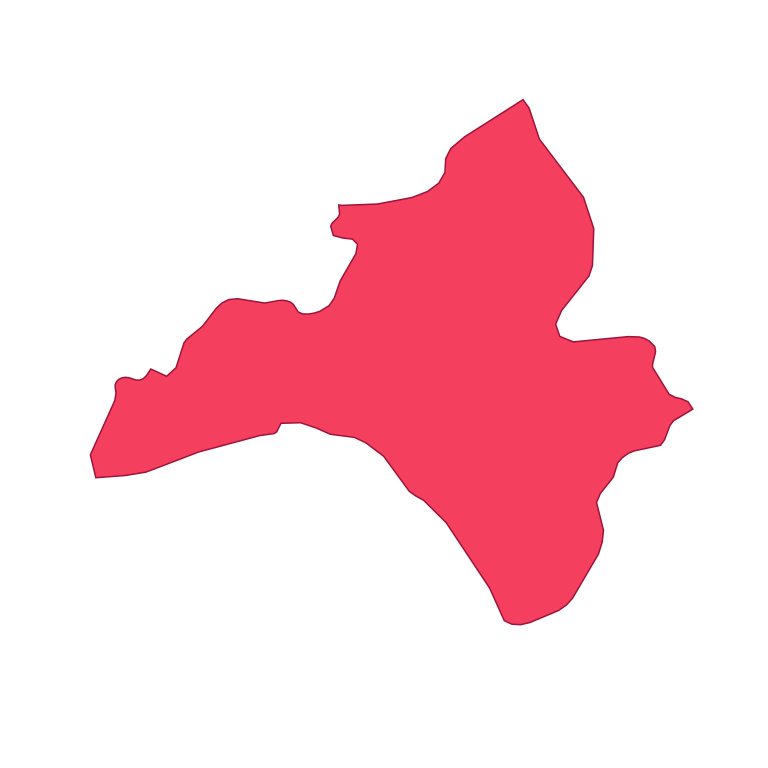 Catanzaro, Mercator projection, rotated 81°
{"feature_id": "ITA-5393", "entity_name": "Catanzaro", "entity_type": "Province", "adm_level": 1, "iso_a3": "ITA", "parent_name": "Italy", "parent_adm1": "", "projection": "mercator", "projection_center": [16.48, 38.83], "detail": "fine", "context": "isolated", "style": "filled", "palette": "rose", "viewbox_px": 768, "rotation_deg": 81, "n_neighbors": 0, "source": "natural_earth", "source_scale": "10m", "svg_char_len": 1642}
<svg xmlns="http://www.w3.org/2000/svg" viewBox="0 0 768 768"><g transform="rotate(81 384 384)"><path d="M636.6,302.2L602.1,311.6L530.8,344.2L505.0,363.1L499.7,370.0L494.1,375.7L455.4,395.6L439.3,411.1L432.1,421.6L425.2,445.0L417.0,457.6L409.2,472.5L406.7,491.9L414.4,497.4L415.8,500.1L415.5,514.8L422.1,577.4L433.8,632.9L433.9,654.0L431.5,683.3L408.0,685.1L358.1,652.4L351.0,650.1L344.6,650.0L342.5,649.6L339.9,647.9L338.0,645.4L337.0,642.3L336.9,638.6L337.9,634.9L341.2,628.4L342.0,624.8L341.1,621.0L338.6,617.3L332.7,612.0L342.4,597.5L335.4,586.9L312.1,575.1L308.8,571.8L298.7,554.4L283.0,537.8L278.7,531.5L276.3,524.1L276.9,515.1L285.4,489.1L285.1,474.8L285.5,470.6L286.8,466.7L288.8,463.2L291.4,460.9L299.3,457.6L302.0,453.5L303.1,447.7L303.0,441.5L302.2,436.1L298.0,425.9L291.4,419.7L275.4,411.2L250.9,391.4L241.8,388.3L236.0,392.5L233.3,402.1L229.4,410.8L220.0,412.0L217.2,410.3L211.9,403.0L209.1,401.3L200.1,400.7L201.0,397.6L205.2,362.5L204.2,327.4L200.7,311.0L194.2,298.5L184.6,290.7L171.3,287.9L161.8,281.2L152.4,265.6L124.9,202.2L134.3,197.5L166.5,192.2L230.9,157.7L263.3,152.5L299.7,159.6L309.3,164.6L339.3,197.2L351.8,205.1L364.5,202.9L372.0,190.4L375.4,135.2L377.6,124.1L379.8,119.4L383.3,115.1L389.4,110.7L394.7,110.7L406.3,115.6L409.6,116.1L438.7,104.0L442.7,98.6L445.3,92.3L449.1,86.5L457.1,82.9L465.5,103.7L469.7,108.1L482.8,115.5L487.8,120.4L489.2,147.4L490.7,153.5L494.0,160.1L498.3,165.4L511.9,172.1L525.9,187.4L534.2,192.6L562.9,190.1L574.5,193.3L585.5,198.8L625.2,231.4L630.8,238.4L635.0,247.0L642.4,277.1L643.1,286.7L641.2,295.4L636.6,302.2L636.6,302.2Z" fill="#f43f5e" stroke="#9f1239" stroke-width="1.5"/></g></svg>